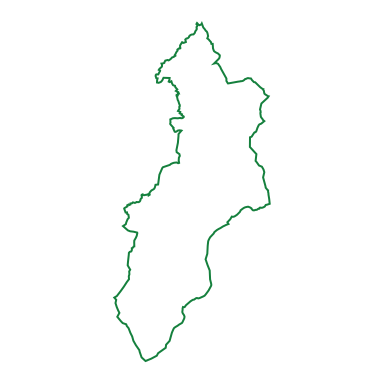 the district of Dorna Candrenilor, Suceava, Romania
{"feature_id": "2599482B89880311826844", "entity_name": "Dorna Candrenilor", "entity_type": "district", "adm_level": 2, "iso_a3": "ROU", "parent_name": "Romania", "parent_adm1": "Suceava", "projection": "orthographic", "projection_center": [25.224, 47.307], "detail": "fine", "context": "isolated", "style": "outline", "palette": "green", "viewbox_px": 384, "rotation_deg": 0, "n_neighbors": 0, "source": "geoboundaries", "source_scale": "gbopen_adm2", "svg_char_len": 5941}
<svg xmlns="http://www.w3.org/2000/svg" viewBox="0 0 384 384"><path d="M269.7,203.8L269.2,199.0L268.5,194.7L268.4,193.0L268.1,192.0L268.1,190.4L267.7,190.2L265.7,187.7L265.5,186.3L263.1,177.4L264.3,172.2L263.5,169.5L261.9,166.7L259.0,165.5L256.7,162.2L255.6,160.9L256.4,154.1L249.9,147.0L250.0,137.3L250.7,137.1L251.7,136.6L254.0,133.0L254.6,132.3L255.5,132.2L256.3,131.2L257.5,127.7L258.7,125.2L259.4,124.4L261.3,123.6L264.3,121.1L263.0,120.0L262.6,119.2L261.7,118.1L260.9,116.9L260.7,115.9L260.6,114.9L260.4,113.8L260.4,112.7L260.7,112.2L260.6,111.7L260.5,111.0L260.4,110.4L260.2,110.1L260.0,109.5L261.4,103.5L267.7,97.7L268.6,96.3L267.8,96.1L266.4,95.1L265.1,94.3L264.8,94.0L264.4,93.6L264.1,92.3L263.9,91.1L263.8,90.6L263.2,89.8L263.3,89.2L262.9,89.2L260.2,87.2L255.2,82.3L253.9,82.1L251.9,80.0L251.0,78.5L249.0,78.3L248.1,78.1L247.4,78.2L246.2,78.8L245.2,79.0L244.3,79.9L243.2,80.7L242.0,81.1L241.2,81.2L240.7,81.2L240.6,81.3L237.8,81.7L228.4,83.4L227.9,83.4L226.4,80.9L226.4,78.5L221.0,68.8L220.3,67.1L218.1,63.9L217.2,63.4L215.7,63.1L214.1,63.5L218.7,58.9L219.4,57.9L219.7,56.6L219.8,55.3L218.0,53.5L215.6,52.3L214.1,51.2L213.7,50.4L213.0,48.3L212.7,43.9L211.4,43.9L211.3,43.4L210.9,42.0L209.5,40.5L209.0,39.8L208.3,39.1L207.3,38.4L208.1,36.1L207.5,33.3L207.1,32.2L206.6,31.4L205.8,30.8L204.6,29.0L203.3,27.5L201.8,23.5L201.6,23.9L200.9,24.6L199.5,25.2L198.3,24.6L197.5,23.5L197.0,23.0L196.6,23.6L196.5,24.3L197.0,24.6L197.4,25.2L197.1,26.5L196.6,26.9L196.6,27.2L196.5,27.8L196.8,28.7L196.8,29.0L196.3,30.0L195.3,31.3L194.8,32.9L193.5,34.4L191.9,34.5L191.0,34.8L190.1,35.3L189.7,35.9L189.2,36.2L188.9,37.2L188.4,37.7L187.6,38.3L186.4,38.5L185.3,39.5L185.9,42.0L183.6,42.9L183.1,42.9L182.5,42.3L182.1,42.2L180.1,45.4L180.1,47.0L180.0,47.4L179.8,47.9L180.3,48.0L180.3,48.3L179.5,48.6L178.9,48.5L178.5,48.7L177.4,49.6L177.6,50.6L177.0,51.3L176.2,52.4L175.6,53.8L174.7,55.2L175.3,55.8L173.7,56.9L172.0,57.5L171.1,58.6L169.5,59.9L168.6,60.4L167.6,60.0L165.3,60.6L164.6,61.9L164.3,62.9L163.0,63.4L161.5,63.6L162.0,64.8L162.0,65.8L161.9,66.6L161.0,67.5L159.5,68.8L158.8,69.9L160.1,70.6L160.0,71.2L159.6,71.8L158.9,73.1L158.3,74.4L156.3,74.4L155.7,75.2L155.7,76.5L156.1,77.4L156.3,78.2L157.6,78.4L157.1,80.2L157.0,82.5L158.6,82.8L160.8,82.0L162.2,80.5L163.5,77.8L169.6,78.0L169.4,79.9L168.7,81.6L169.7,82.1L171.4,81.3L172.0,83.3L172.9,85.0L173.3,85.3L175.0,85.8L175.4,87.3L177.3,89.4L175.9,90.9L176.5,91.2L176.9,91.6L177.9,92.0L177.9,92.6L178.4,92.4L178.9,93.6L178.1,93.7L177.8,95.3L176.6,95.0L176.5,95.6L177.1,97.1L177.7,99.9L178.4,101.2L179.2,103.9L179.8,105.1L179.7,105.6L179.8,106.1L179.3,106.8L179.4,107.2L179.3,107.7L179.4,108.2L179.5,108.8L179.3,109.2L178.7,109.8L178.0,111.0L178.9,111.4L180.3,111.9L180.2,112.8L179.8,113.4L181.4,114.1L182.0,114.3L181.9,114.8L181.7,115.2L183.7,116.5L183.8,116.9L183.1,117.7L182.0,118.2L181.0,118.2L180.2,117.9L177.9,118.3L174.8,118.1L173.6,118.2L172.8,118.3L170.3,119.4L170.4,120.4L170.4,121.7L170.5,122.6L170.2,123.3L170.3,124.2L173.6,127.9L173.2,128.4L173.6,129.3L174.7,131.7L175.2,131.9L176.4,131.6L177.8,130.6L179.3,130.3L181.2,130.5L181.5,130.6L179.9,132.4L178.5,134.2L178.5,135.9L177.9,142.8L176.4,150.3L176.7,152.2L178.0,153.1L179.4,154.1L179.8,155.9L178.9,157.7L178.7,160.9L179.0,161.9L179.1,162.9L178.1,163.2L176.8,162.5L175.2,162.6L173.8,162.8L172.6,163.2L171.0,163.9L169.8,164.9L163.0,167.2L162.3,168.0L159.4,174.7L158.1,184.5L155.5,184.8L155.0,187.0L154.3,188.6L153.5,189.3L151.5,190.4L149.9,192.2L149.5,192.9L149.5,193.9L149.7,194.7L148.6,195.4L148.4,194.1L146.5,194.8L145.4,194.9L144.5,195.1L144.2,195.2L142.4,195.0L142.4,194.5L141.7,194.8L141.5,195.3L141.7,196.0L141.9,197.0L141.8,197.9L141.1,198.5L140.5,199.3L140.3,200.6L139.8,201.4L138.8,202.1L137.4,202.1L136.5,202.0L135.6,202.7L134.8,202.9L133.8,202.6L132.9,202.4L132.2,203.2L130.4,203.5L130.4,204.5L129.2,205.0L128.6,204.5L127.2,205.3L127.4,206.4L124.6,208.0L124.2,208.4L124.4,209.2L125.6,212.5L127.0,212.4L127.2,214.0L128.4,214.7L128.8,217.1L128.8,217.9L127.6,219.2L126.3,222.3L125.8,224.2L123.0,226.1L127.9,230.4L130.2,231.3L133.6,231.7L137.2,232.6L137.3,233.2L136.7,235.9L135.7,238.1L134.3,240.5L134.2,242.2L134.3,246.4L133.5,246.6L133.0,247.6L131.8,248.2L131.9,249.9L131.3,251.4L130.3,251.7L129.7,251.9L128.9,252.9L128.8,254.6L128.0,261.8L127.7,265.3L128.7,267.1L130.2,269.7L129.2,271.4L129.4,274.3L128.8,276.2L129.0,279.2L126.8,282.1L123.9,286.6L120.6,291.2L116.8,296.1L114.3,297.6L116.2,299.8L115.5,303.1L116.7,306.9L118.1,310.3L119.4,312.9L117.3,316.8L120.9,321.2L122.7,323.1L126.2,324.3L126.8,326.0L128.6,328.2L130.4,332.9L132.2,336.5L133.4,340.8L135.9,345.2L139.3,350.1L139.7,351.9L141.6,357.4L145.5,361.0L151.2,358.7L156.8,355.7L158.1,353.2L165.7,347.8L166.1,344.7L169.6,340.9L171.9,332.7L173.5,329.0L174.2,327.9L175.6,326.9L177.5,325.8L179.1,324.6L181.9,323.0L182.4,322.3L182.9,321.3L183.2,320.6L184.1,318.7L184.4,317.7L184.5,316.4L183.8,314.8L182.8,313.4L182.3,312.0L182.6,309.7L182.6,308.3L183.0,307.0L183.7,307.2L184.6,307.1L186.0,305.2L190.5,301.3L191.7,300.5L192.9,299.8L194.1,299.6L195.9,298.3L196.9,298.0L198.3,298.4L199.5,298.1L203.3,296.4L204.6,295.7L205.7,294.4L207.2,292.4L208.7,290.3L210.8,286.4L211.2,285.6L211.3,284.6L211.1,283.4L210.1,279.4L209.7,270.5L207.5,264.9L205.6,259.3L207.3,253.8L207.7,245.8L208.2,241.2L208.8,239.7L210.1,237.3L211.3,236.0L213.6,233.6L214.4,232.1L216.8,230.1L218.8,228.9L220.4,228.1L222.9,226.5L226.4,224.8L228.5,224.0L227.4,222.2L230.2,219.3L231.8,216.6L232.7,216.8L233.8,216.7L234.9,216.2L237.1,214.7L239.8,212.0L240.3,211.1L240.6,210.3L241.7,209.5L242.4,208.9L243.9,207.9L244.7,207.5L245.6,207.2L247.0,206.9L248.1,206.7L250.0,207.4L251.4,208.3L251.5,208.7L252.5,209.9L253.1,210.3L254.3,210.3L255.5,209.9L256.1,209.9L256.9,209.7L257.2,209.6L257.9,209.0L258.6,208.8L259.3,208.7L259.5,207.9L259.8,207.7L260.2,207.6L261.4,207.8L261.8,207.8L262.6,207.6L263.6,207.2L264.8,206.5L265.7,205.0L266.2,204.8L266.7,204.8L269.7,203.8Z" fill="none" stroke="#15803d" stroke-width="2"/></svg>